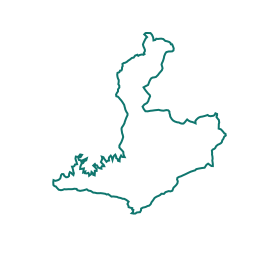 the district of Franca, São Paulo, Brazil, rotated 160°
{"feature_id": "56859067B28056382416557", "entity_name": "Franca", "entity_type": "district", "adm_level": 2, "iso_a3": "BRA", "parent_name": "Brazil", "parent_adm1": "São Paulo", "projection": "orthographic", "projection_center": [-47.359, -20.595], "detail": "fine", "context": "isolated", "style": "outline", "palette": "teal", "viewbox_px": 256, "rotation_deg": 160, "n_neighbors": 0, "source": "geoboundaries", "source_scale": "gbopen_adm2", "svg_char_len": 5106}
<svg xmlns="http://www.w3.org/2000/svg" viewBox="0 0 256 256"><g transform="rotate(160 128 128)"><path d="M151.9,45.6L150.2,45.1L148.8,45.6L147.3,45.3L145.5,44.8L144.0,46.1L143.2,47.8L141.1,48.1L139.3,47.8L137.8,47.8L136.4,48.0L134.7,47.8L132.8,48.6L131.3,50.2L129.5,51.3L126.9,53.2L124.6,53.7L122.2,53.8L120.5,54.1L119.1,54.8L116.8,53.8L114.7,54.9L111.4,54.8L109.7,53.9L107.8,53.9L105.6,56.4L103.9,57.1L102.2,57.9L100.5,59.1L99.4,61.0L99.5,62.9L98.6,64.3L96.8,64.6L94.6,64.5L92.8,64.7L91.5,64.8L90.0,64.9L85.2,65.4L83.9,65.5L81.1,65.4L79.3,65.3L77.9,66.0L75.6,65.7L72.7,65.2L69.6,64.5L66.8,66.6L64.9,67.1L63.3,64.7L62.5,63.7L61.3,63.2L60.6,65.2L60.2,67.0L59.9,68.6L59.0,70.2L58.4,72.3L58.1,74.4L57.5,75.7L56.9,78.1L55.7,78.8L53.9,78.9L52.7,79.5L51.5,80.7L49.5,81.5L47.2,81.7L45.8,82.0L44.7,82.6L43.6,84.2L42.2,85.1L40.6,86.9L38.7,87.5L38.4,89.2L39.3,90.0L39.8,91.7L40.5,93.5L41.2,95.0L43.0,96.4L42.1,98.6L41.3,100.7L40.4,102.0L39.9,104.5L40.6,106.3L41.1,108.1L40.0,109.4L39.5,110.7L40.8,111.9L42.2,110.6L43.7,110.3L46.5,110.9L48.0,111.8L48.7,113.0L50.5,113.0L52.2,113.1L54.2,113.3L56.2,113.7L57.8,113.6L59.0,113.3L61.0,112.4L62.3,111.5L62.9,109.3L64.1,110.5L65.6,111.7L67.0,112.6L68.5,114.1L69.5,115.8L70.8,115.1L72.4,114.1L74.3,113.2L75.7,113.6L77.1,114.5L78.3,115.8L79.8,116.5L81.8,118.1L83.1,119.7L83.8,121.4L84.4,124.2L84.0,126.3L84.0,127.7L83.5,129.3L84.1,130.8L85.8,131.7L88.6,132.1L90.2,132.8L91.6,133.6L93.0,134.6L95.1,135.1L97.1,135.6L99.1,136.0L101.0,136.5L103.7,136.9L105.9,137.8L106.7,140.4L107.0,143.1L104.6,144.5L103.2,144.7L101.6,145.0L99.8,146.3L98.7,147.8L97.4,149.2L96.4,150.2L96.3,151.5L97.4,153.7L98.5,156.9L99.1,159.0L99.5,160.9L97.0,161.3L94.4,161.6L93.1,163.1L91.9,164.5L90.4,165.9L89.3,166.7L87.7,167.0L86.0,166.6L84.3,166.4L81.8,167.5L80.0,168.7L76.4,170.7L75.1,172.3L74.9,173.9L74.8,176.1L74.0,177.2L72.5,178.7L71.6,179.8L70.4,181.4L69.5,183.0L68.5,184.1L67.5,185.2L66.0,186.2L63.5,186.0L61.6,185.3L60.2,184.9L58.8,185.3L57.8,187.2L57.8,189.4L57.9,191.5L59.1,192.0L59.0,193.4L59.9,194.8L61.7,196.2L63.2,197.1L64.4,199.5L66.2,200.6L68.0,201.1L69.4,201.4L70.9,202.2L72.2,201.4L74.1,201.6L73.6,203.3L73.4,204.7L73.6,207.4L74.4,209.5L76.2,210.2L77.9,210.9L79.1,211.2L80.7,210.4L79.7,208.5L79.0,206.9L80.6,206.2L81.9,205.0L83.5,203.5L85.4,201.4L85.6,199.2L85.4,197.5L85.4,195.6L85.9,194.4L87.4,193.1L87.2,191.8L88.5,191.5L89.6,192.3L92.0,192.6L93.7,192.3L94.1,193.6L96.5,193.6L98.6,192.2L100.4,192.5L102.7,191.7L104.8,191.2L106.6,190.5L108.4,190.3L109.8,190.5L111.3,190.1L111.8,188.0L112.8,187.1L113.5,185.4L114.5,184.3L115.9,184.6L117.0,183.4L119.0,183.4L119.9,181.8L120.4,179.6L120.5,177.9L120.3,176.3L121.0,174.4L122.1,172.5L121.7,170.8L122.3,169.0L124.2,167.7L124.9,165.8L126.4,164.8L127.8,163.5L128.1,161.8L126.8,160.9L126.2,159.6L125.7,158.1L124.9,156.1L124.4,154.3L124.0,152.5L123.7,151.0L123.9,149.3L124.0,147.7L124.2,146.2L124.0,143.9L123.5,141.8L124.0,140.3L126.2,138.1L128.0,136.0L128.9,134.9L129.7,133.7L131.6,132.0L133.7,130.5L134.4,129.4L134.8,127.7L135.3,125.1L135.3,123.3L135.6,121.2L136.8,119.6L138.0,118.2L139.3,116.8L140.4,115.9L142.0,114.6L142.8,112.6L142.1,110.8L141.2,108.8L140.6,107.1L141.2,105.2L141.3,103.4L141.1,101.8L143.3,102.8L143.9,104.5L145.6,102.9L146.7,101.2L147.3,99.6L148.6,100.6L148.3,102.4L149.4,103.8L148.9,105.2L149.1,107.3L150.5,106.7L152.2,105.2L153.5,103.3L153.3,106.3L153.7,107.9L155.9,106.8L156.7,105.3L156.9,103.9L158.3,104.1L159.8,103.6L160.2,105.3L160.8,106.9L161.1,109.0L162.4,110.0L162.5,108.3L163.6,106.8L165.1,105.3L164.4,103.4L163.5,101.7L163.4,100.2L165.6,101.0L166.6,100.2L166.9,98.9L168.4,99.9L169.6,101.3L169.9,103.4L171.1,104.0L171.4,105.5L173.5,104.6L172.5,102.6L171.5,100.2L172.2,98.4L173.8,99.1L174.5,97.2L175.5,94.9L176.7,95.9L176.4,97.5L177.3,99.2L178.5,97.2L180.8,96.5L180.4,98.0L180.6,99.4L182.3,99.4L184.0,100.3L183.1,101.7L185.3,101.6L184.4,103.2L183.3,105.1L185.3,105.4L187.0,105.8L186.0,108.0L185.0,109.1L184.0,110.2L182.0,110.5L180.5,111.8L178.3,111.9L177.1,113.6L178.7,113.4L181.6,113.2L183.4,112.2L183.4,113.8L185.0,114.7L185.0,116.4L184.5,117.8L186.8,119.0L187.8,117.3L188.0,116.0L188.0,113.8L188.2,111.4L190.3,111.8L191.3,110.7L192.5,110.4L193.8,110.8L193.8,109.2L193.9,107.7L194.3,105.7L194.3,104.1L195.4,102.5L196.2,103.9L196.6,105.1L197.7,106.4L199.0,105.0L199.9,103.0L201.4,102.5L203.0,102.9L204.2,104.7L204.4,106.7L205.8,107.3L207.1,106.5L208.0,105.0L209.0,103.7L210.9,103.0L212.6,103.0L214.4,103.2L215.8,104.5L216.7,102.8L217.6,100.0L217.0,98.6L215.8,97.7L215.1,95.8L214.2,93.7L212.3,92.5L210.8,92.2L208.8,92.3L207.4,91.6L204.6,90.8L202.8,90.1L201.0,89.5L199.3,89.3L197.1,88.3L196.9,86.9L194.5,85.3L191.3,84.7L187.7,84.5L186.6,82.7L184.6,81.6L183.6,80.3L182.8,79.2L181.2,78.5L179.4,77.3L175.9,76.1L174.3,75.3L171.8,73.9L170.8,72.8L169.3,72.6L168.3,71.2L167.0,69.2L165.2,68.7L163.5,67.8L162.0,67.1L160.8,65.9L158.9,64.8L157.2,63.3L155.7,62.7L154.2,61.0L152.6,58.6L154.5,56.8L154.2,54.9L154.5,53.4L152.9,52.2L151.4,51.3L152.0,50.0L151.0,49.2L152.1,47.3L153.6,46.6L151.9,45.6ZM184.5,117.8L182.6,116.8L180.4,118.5L182.0,119.5L183.1,118.8L184.5,117.8Z" fill="none" stroke="#0f766e" stroke-width="2"/></g></svg>